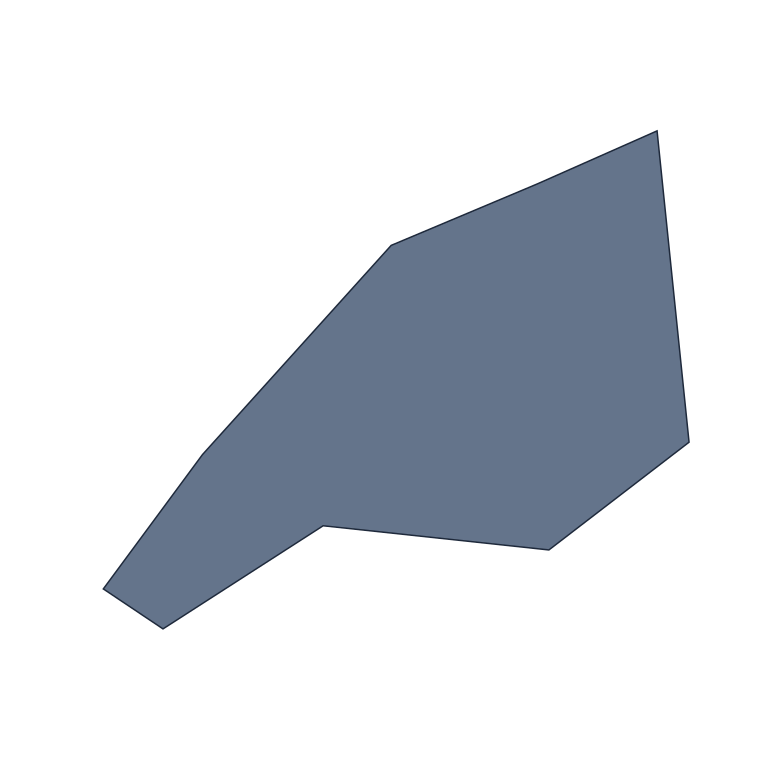 an SVG outline of Kwun Tong, rotated 81°
{"feature_id": "HKG-5161", "entity_name": "Kwun Tong", "entity_type": "state/province", "adm_level": 1, "iso_a3": "HKG", "parent_name": "Hong Kong S.A.R.", "parent_adm1": "", "projection": "mercator", "projection_center": [114.229, 22.308], "detail": "fine", "context": "isolated", "style": "filled", "palette": "slate", "viewbox_px": 768, "rotation_deg": 81, "n_neighbors": 0, "source": "natural_earth", "source_scale": "10m", "svg_char_len": 288}
<svg xmlns="http://www.w3.org/2000/svg" viewBox="0 0 768 768"><g transform="rotate(81 384 384)"><path d="M591.3,640.6L542.5,693.3L425.3,574.3L248.2,355.2L210.4,201.5L176.7,74.7L489.2,91.8L573.7,247.1L514.5,466.3L591.3,640.6Z" fill="#64748b" stroke="#1e293b" stroke-width="1.5"/></g></svg>